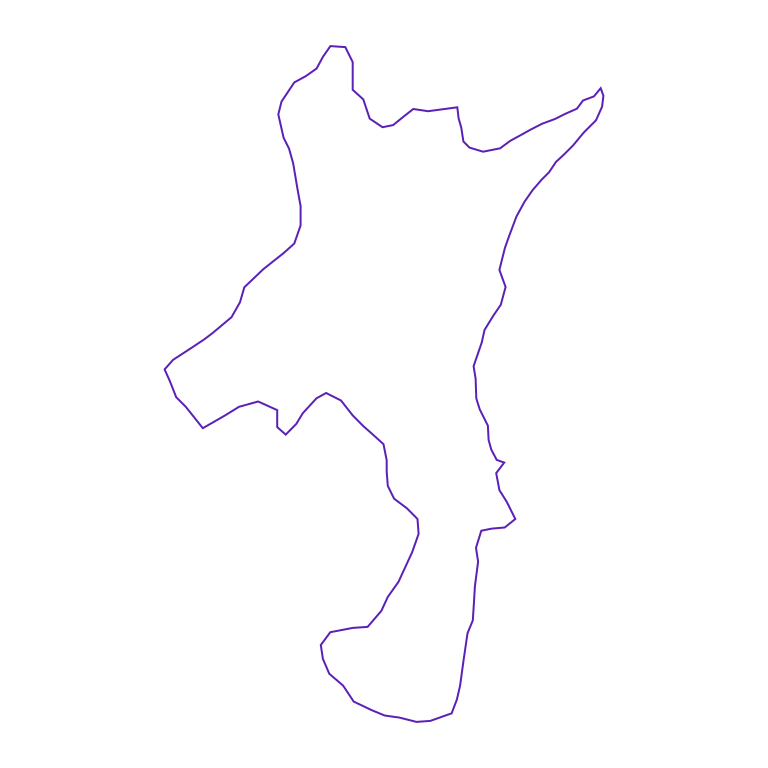 Limnia, Cyprus (orthographic projection)
{"feature_id": "46923920B85062050143920", "entity_name": "Limnia", "entity_type": "district", "adm_level": 2, "iso_a3": "CYP", "parent_name": "Cyprus", "parent_adm1": "", "projection": "orthographic", "projection_center": [33.856, 35.188], "detail": "fine", "context": "isolated", "style": "outline", "palette": "violet", "viewbox_px": 768, "rotation_deg": 0, "n_neighbors": 0, "source": "geoboundaries", "source_scale": "gbopen_adm2", "svg_char_len": 1854}
<svg xmlns="http://www.w3.org/2000/svg" viewBox="0 0 768 768"><path d="M457.3,107.3L428.1,111.2L413.3,109.0L403.7,116.5L393.1,125.1L382.5,127.2L369.7,118.6L363.3,99.4L352.7,89.8L352.7,78.1L352.7,62.1L345.3,47.1L330.4,46.1L323.0,56.7L316.6,68.5L306.0,76.0L294.3,82.4L281.5,101.6L278.3,114.4L283.6,137.8L289.0,148.5L293.2,163.5L297.5,189.1L300.6,206.2L300.6,225.4L294.3,243.5L283.6,253.1L274.1,260.6L263.4,269.1L244.3,287.3L240.0,302.2L231.5,317.2L212.4,333.2L203.9,339.6L191.1,348.1L173.1,359.8L164.6,369.4L169.9,381.2L176.2,397.2L185.8,406.8L202.8,428.2L225.1,415.4L239.0,406.8L258.1,401.5L277.2,410.1L277.2,427.1L285.7,434.6L296.3,423.9L302.7,413.3L316.5,398.3L326.1,393.0L341.0,400.5L352.7,415.4L363.3,426.1L372.9,434.6L383.5,444.2L386.7,460.3L386.7,472.0L387.8,485.9L394.1,498.7L406.9,508.3L417.5,519.0L418.6,533.9L412.2,552.1L405.8,566.0L398.4,582.0L387.8,596.9L381.4,610.8L367.6,626.9L352.7,627.9L330.3,632.2L320.8,645.0L322.9,658.9L329.3,673.8L343.1,685.6L353.7,701.6L371.8,710.2L384.6,715.5L399.5,717.6L416.5,721.9L430.3,720.9L443.2,716.3L451.6,713.4L456.9,699.5L460.1,685.6L463.3,662.1L467.5,633.3L472.8,620.4L473.9,603.4L474.9,586.3L478.1,561.7L476.0,547.8L481.3,530.7L491.9,528.6L504.7,527.5L515.3,519.0L506.8,501.9L499.4,490.1L496.2,473.1L504.2,462.6L496.7,459.9L491.3,449.6L488.6,440.0L487.9,425.7L479.7,409.3L476.3,398.4L475.6,378.5L473.6,366.2L481.8,342.3L484.5,330.0L493.3,315.7L500.8,304.7L505.6,287.0L499.4,269.9L504.9,248.0L509.0,236.4L516.4,216.6L524.6,201.6L532.7,190.0L541.6,179.7L549.1,172.2L555.9,162.0L564.7,153.8L572.9,145.6L583.7,132.6L596.0,120.3L602.1,106.6L603.4,95.7L600.7,88.2L593.9,96.4L583.0,100.5L576.9,108.7L564.7,114.1L555.2,118.9L542.2,123.7L531.4,129.2L519.1,136.0L510.3,140.8L500.1,148.3L483.1,151.7L469.5,147.6L463.4,141.5L461.3,127.8L458.6,118.3L457.3,107.3Z" fill="none" stroke="#5b21b6" stroke-width="2"/></svg>